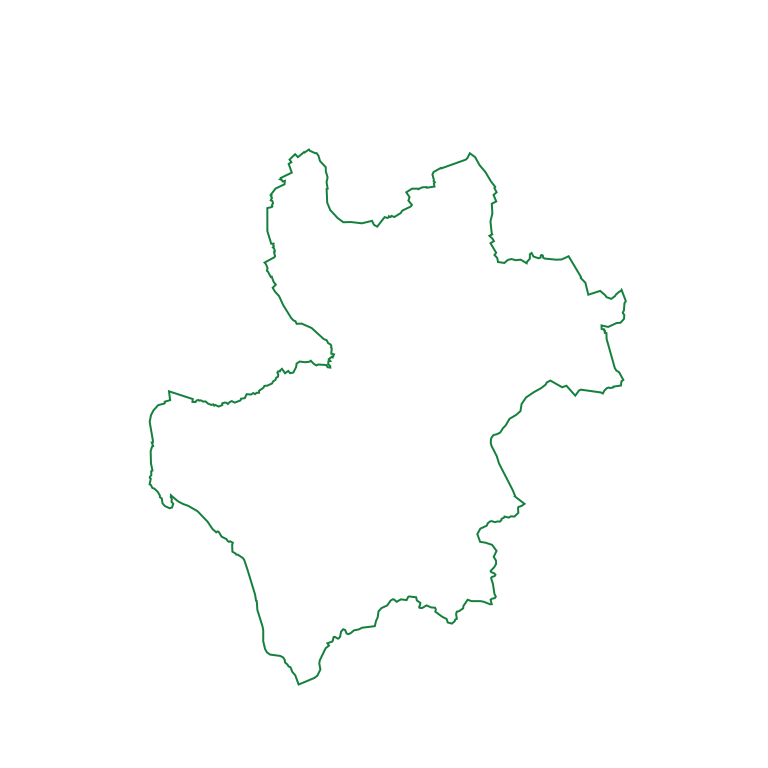 the district of Mueang Phichit, Phichit, Thailand, rotated 243°
{"feature_id": "78962969B35136792725938", "entity_name": "Mueang Phichit", "entity_type": "district", "adm_level": 2, "iso_a3": "THA", "parent_name": "Thailand", "parent_adm1": "Phichit", "projection": "mercator", "projection_center": [100.377, 16.403], "detail": "fine", "context": "isolated", "style": "outline", "palette": "green", "viewbox_px": 768, "rotation_deg": 243, "n_neighbors": 0, "source": "geoboundaries", "source_scale": "gbopen_adm2", "svg_char_len": 6166}
<svg xmlns="http://www.w3.org/2000/svg" viewBox="0 0 768 768"><g transform="rotate(243 384 384)"><path d="M155.0,171.5L153.7,188.6L154.4,192.2L158.5,197.7L164.5,199.5L167.0,201.4L175.1,212.1L175.9,216.2L178.7,215.9L178.0,221.2L181.4,224.3L181.1,225.3L178.0,227.3L178.0,228.5L178.7,230.1L182.8,233.3L184.0,236.3L182.5,237.7L178.8,237.4L177.4,238.4L177.1,240.7L178.1,245.6L176.8,249.9L176.8,253.8L172.4,265.9L176.5,269.3L178.9,272.4L183.9,275.9L185.5,280.0L185.2,286.3L188.0,291.5L188.2,294.0L187.5,295.1L184.2,296.4L184.4,301.4L181.2,306.0L183.3,308.9L183.3,309.9L179.4,315.8L176.2,315.0L172.6,317.0L170.9,316.0L169.4,314.1L168.5,314.0L167.1,316.1L167.4,321.4L163.5,324.6L161.5,327.9L159.9,327.9L157.8,326.4L150.2,330.2L146.2,333.1L142.6,332.5L139.7,335.7L140.5,339.2L141.8,340.5L141.7,342.3L146.3,343.8L148.1,345.5L147.5,347.7L148.2,352.7L150.1,353.9L153.8,360.6L150.8,363.4L146.8,371.3L144.6,374.1L139.7,378.4L138.9,380.0L143.4,381.1L143.7,382.5L142.9,385.5L143.8,387.1L146.8,387.1L156.4,390.3L162.5,391.3L163.1,392.5L162.6,395.3L163.4,396.7L165.0,396.4L167.9,394.0L169.1,394.2L170.7,399.0L172.8,402.2L175.7,403.6L180.2,403.3L184.2,408.5L191.6,407.3L196.7,402.2L199.7,398.0L207.9,399.0L211.4,404.2L211.1,411.2L212.8,413.2L213.4,415.9L213.0,417.6L210.5,420.2L209.9,423.0L208.8,424.7L209.2,426.4L210.4,427.4L210.5,430.5L211.2,431.2L208.3,434.6L208.5,437.0L206.7,440.0L208.2,445.2L212.6,447.1L213.4,448.0L212.9,451.3L213.4,454.8L224.6,449.5L224.8,450.0L230.6,450.5L261.0,450.4L268.3,451.7L280.1,451.7L282.9,452.3L286.4,454.3L287.5,455.7L288.8,458.4L288.0,461.8L288.0,465.5L290.7,470.1L291.9,473.7L296.0,480.0L296.5,487.8L297.9,493.3L303.7,497.5L307.5,504.4L308.7,513.7L309.0,522.2L310.1,527.9L311.5,529.7L311.5,533.8L300.2,541.3L299.6,545.8L286.8,549.1L289.7,554.9L289.6,556.8L278.0,573.4L276.2,574.7L278.0,577.2L279.1,580.6L278.8,582.6L277.6,583.9L276.9,586.8L277.5,587.2L275.1,594.4L278.6,596.8L279.0,599.1L287.7,598.8L290.6,597.1L293.5,596.9L323.1,602.8L328.4,605.3L329.3,604.0L331.0,605.0L331.6,604.4L332.7,605.0L334.2,602.9L337.4,604.4L333.1,609.6L332.7,619.0L331.2,622.6L333.1,627.4L336.3,629.4L339.1,629.1L340.8,631.3L346.9,635.0L348.0,637.1L360.0,638.4L359.2,636.9L359.5,635.7L358.4,631.3L357.4,629.7L356.7,625.1L360.5,621.6L362.4,621.5L368.8,618.9L370.8,606.6L382.8,609.4L389.2,607.4L389.8,608.1L414.0,606.5L414.3,598.8L416.5,594.0L422.9,584.0L424.3,583.2L426.4,583.8L427.4,583.0L427.3,582.0L425.5,580.9L425.9,578.7L429.8,575.0L433.7,575.0L433.4,572.9L429.4,570.8L428.0,567.0L426.8,565.9L432.7,562.3L434.6,557.4L437.5,554.3L438.3,550.5L437.2,546.2L440.9,541.0L444.9,542.1L448.8,541.0L450.0,543.5L461.1,542.8L461.4,546.8L464.3,546.6L468.2,545.2L468.2,548.4L469.4,548.4L480.4,552.6L486.8,558.0L495.7,561.9L495.7,566.9L502.7,567.4L503.7,571.4L508.5,571.3L509.1,572.6L515.8,571.3L526.6,570.6L535.6,568.5L544.8,568.2L550.6,565.2L547.3,560.7L546.8,558.6L550.1,533.0L550.7,532.9L550.4,524.4L548.7,522.3L543.2,521.1L542.2,520.3L540.6,520.9L540.0,519.5L537.0,518.6L539.4,511.3L540.1,511.3L541.9,507.3L542.0,503.0L542.6,503.0L545.3,497.7L544.7,490.9L538.9,491.6L536.3,489.0L530.9,490.2L530.0,488.3L530.2,479.0L528.7,476.4L528.1,469.0L530.4,467.0L529.8,465.7L531.2,464.5L530.3,463.7L530.5,462.3L532.4,460.3L527.3,449.4L530.4,447.3L534.8,447.4L537.2,437.3L543.3,428.1L546.6,421.2L553.0,418.0L563.3,415.1L571.3,415.7L583.8,421.4L583.6,422.5L589.9,424.4L593.6,427.5L599.9,428.7L603.6,430.5L611.6,428.2L617.0,429.2L620.2,428.8L621.0,427.4L625.5,423.8L627.0,423.6L626.3,418.2L626.9,418.0L625.2,410.3L629.1,409.1L626.8,401.7L623.7,402.2L623.4,399.0L614.2,397.8L614.5,385.6L613.5,385.5L613.5,384.4L612.1,385.5L610.4,385.7L610.0,387.9L607.1,386.0L607.4,376.1L603.9,368.8L603.0,369.4L602.1,368.5L600.6,368.6L599.1,366.5L597.8,367.6L595.4,367.2L594.3,365.4L593.0,365.2L592.6,364.4L593.7,359.9L573.2,349.5L560.2,347.2L559.2,349.3L557.8,348.3L556.8,348.4L556.1,347.0L555.0,347.6L552.2,347.2L551.7,346.1L551.1,346.4L550.2,345.5L547.4,345.0L546.7,343.9L546.4,332.7L544.4,333.2L540.2,332.9L538.1,331.1L536.9,331.6L530.7,331.7L530.6,332.7L525.1,332.0L521.6,332.7L520.3,328.5L515.8,328.8L510.0,330.4L500.0,330.0L484.7,331.3L481.6,332.3L480.1,333.6L477.3,333.5L475.2,338.0L466.8,344.9L451.4,350.7L449.0,352.8L445.8,352.8L443.3,354.4L441.7,354.3L440.7,353.4L439.4,353.6L435.0,350.8L433.1,352.9L431.0,350.4L432.0,350.0L431.2,346.1L428.9,346.6L429.5,344.8L427.1,343.3L424.4,344.2L423.0,343.6L424.5,341.4L427.0,341.2L427.5,340.5L431.2,334.3L431.3,332.1L434.1,330.5L438.0,329.3L437.7,327.7L439.2,323.6L442.3,319.1L441.8,315.3L439.2,313.6L435.4,308.5L436.2,305.3L439.1,304.6L438.5,300.7L443.8,300.0L443.3,297.7L442.5,297.0L443.3,295.4L442.7,294.2L440.4,294.1L438.6,292.8L438.6,291.0L436.9,289.0L436.7,286.5L435.3,284.4L435.5,279.3L436.6,276.6L435.4,274.8L434.7,269.7L432.9,268.6L434.0,266.6L433.5,264.5L435.3,263.4L435.0,260.7L437.3,257.0L434.6,253.5L435.8,249.9L434.5,248.6L435.2,242.5L437.9,240.6L437.9,238.2L437.1,235.8L438.7,235.1L439.8,233.7L440.2,231.1L438.6,230.3L439.0,226.4L442.0,224.1L441.8,222.9L443.4,222.6L443.8,220.6L446.4,218.3L449.5,217.1L450.4,214.9L452.6,213.4L452.9,212.0L454.0,211.5L454.4,209.4L453.5,207.9L455.0,205.2L457.4,206.8L475.1,189.1L466.7,186.1L467.8,180.6L466.4,179.9L466.4,178.8L467.7,173.2L465.2,166.7L462.0,162.2L456.6,158.0L438.5,152.4L436.9,151.6L437.3,150.5L433.4,150.1L433.5,148.9L430.1,145.6L419.0,140.3L412.0,138.4L412.0,137.0L408.4,135.3L407.5,133.2L406.7,132.7L405.5,133.2L401.0,129.6L400.0,130.4L396.6,130.4L395.0,131.9L390.7,133.4L386.6,133.7L384.9,133.0L382.9,134.0L378.2,132.5L374.8,133.3L370.7,136.5L370.2,139.0L372.9,141.8L375.5,141.2L377.8,142.7L380.1,142.7L381.6,143.6L372.9,147.2L368.3,150.5L364.4,154.2L355.3,160.1L341.4,164.3L332.5,165.4L328.0,167.2L328.2,168.7L327.4,169.6L321.7,170.0L317.2,173.3L315.1,173.4L313.8,174.2L313.8,175.4L311.2,177.2L309.5,175.6L303.4,172.8L300.3,174.8L299.2,174.8L298.2,176.3L293.1,179.2L290.8,179.6L280.7,178.1L254.8,173.5L249.0,171.6L248.4,172.1L240.2,168.6L223.1,165.7L219.2,164.5L209.6,159.6L201.9,157.7L198.0,157.9L194.6,159.7L188.8,168.1L186.1,170.0L183.4,170.3L180.8,169.4L178.0,170.6L175.6,170.8L174.1,172.1L169.2,171.6L164.7,172.7L155.0,171.5Z" fill="none" stroke="#15803d" stroke-width="2"/></g></svg>